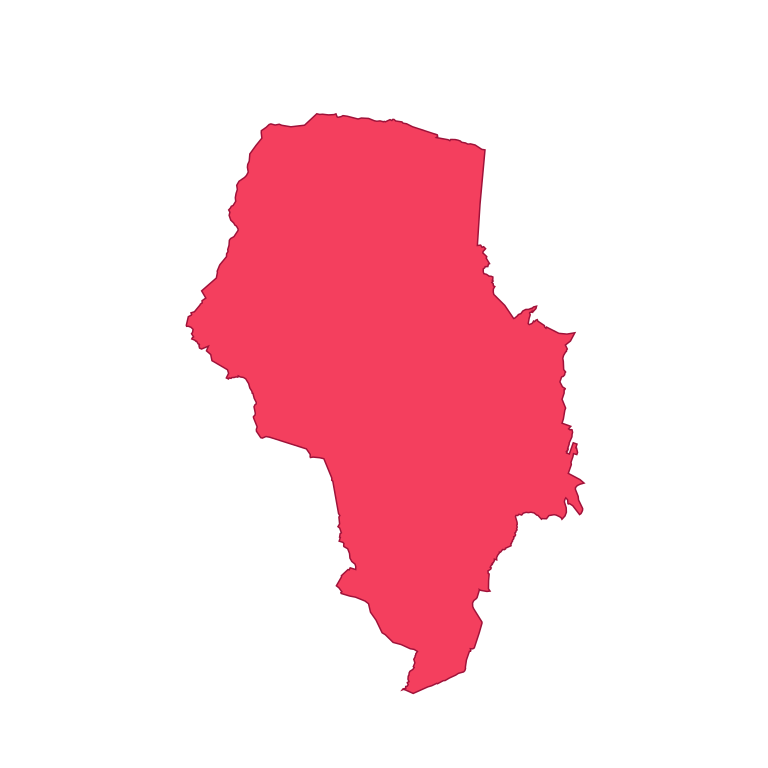 Barsanesti, Bacau, Romania (Albers equal-area conic projection), rotated 31°
{"feature_id": "2599482B96332922665264", "entity_name": "Barsanesti", "entity_type": "district", "adm_level": 2, "iso_a3": "ROU", "parent_name": "Romania", "parent_adm1": "Bacau", "projection": "albers", "projection_center": [26.7, 46.331], "detail": "fine", "context": "isolated", "style": "filled", "palette": "rose", "viewbox_px": 768, "rotation_deg": 31, "n_neighbors": 0, "source": "geoboundaries", "source_scale": "gbopen_adm2", "svg_char_len": 6170}
<svg xmlns="http://www.w3.org/2000/svg" viewBox="0 0 768 768"><g transform="rotate(31 384 384)"><path d="M557.2,636.7L558.0,635.7L560.0,635.2L568.4,634.2L577.6,621.0L580.3,618.1L583.4,613.4L584.2,613.4L587.6,607.8L589.1,606.7L591.5,602.3L595.4,596.6L596.8,593.7L600.5,589.8L600.9,588.1L600.5,586.1L599.6,584.8L596.8,578.1L594.9,569.1L595.8,568.5L595.5,567.5L594.3,566.4L596.5,565.3L597.3,563.7L593.8,548.3L591.2,538.6L590.6,537.6L576.5,530.4L574.6,529.0L572.7,526.1L572.5,523.3L573.6,520.6L573.8,519.2L571.9,511.6L571.5,511.1L573.1,511.1L579.1,508.8L581.5,506.9L579.0,505.7L575.0,498.8L572.0,492.7L570.9,492.7L569.4,490.7L570.8,487.8L570.6,486.4L569.5,486.5L569.3,485.5L569.4,483.5L569.8,483.1L569.7,482.4L569.2,482.3L569.3,481.4L569.7,480.9L569.6,478.8L568.8,477.3L571.2,476.7L570.0,475.0L569.6,472.4L569.9,469.6L569.6,468.9L570.0,469.0L570.6,467.7L570.9,464.8L572.6,463.9L573.1,462.7L572.7,462.2L576.2,457.2L575.0,455.5L575.3,455.0L575.0,454.2L575.1,452.4L574.6,451.9L574.9,449.8L573.8,448.1L574.5,447.7L574.5,445.6L572.9,444.4L573.3,443.1L572.9,442.0L573.2,440.5L572.2,439.9L571.9,438.1L570.4,436.6L570.5,435.7L569.2,433.9L565.0,430.0L564.8,428.7L566.4,427.8L566.7,426.2L569.5,425.4L569.9,423.0L571.9,420.8L574.0,419.9L576.0,418.2L579.1,417.2L582.5,417.7L583.6,417.3L588.6,418.8L588.8,418.0L592.7,415.8L593.1,411.9L597.1,408.4L599.0,407.7L602.9,407.3L604.9,407.5L606.2,408.3L607.1,403.9L606.4,400.0L603.9,396.2L599.3,392.1L598.5,389.9L598.5,388.0L601.0,388.7L603.3,391.8L603.8,391.9L604.8,391.0L608.4,391.1L618.9,395.2L619.6,393.6L619.5,391.5L619.2,389.8L618.4,388.4L610.5,383.2L608.3,380.3L602.3,375.7L601.5,374.2L602.0,371.5L603.6,369.0L606.5,365.9L601.3,365.0L588.0,365.7L586.1,356.6L584.6,354.8L583.4,349.1L582.3,346.1L585.6,345.2L585.2,343.0L582.0,339.7L581.3,339.9L580.4,336.1L576.5,336.9L578.9,348.6L576.1,349.1L575.9,348.0L575.2,348.1L575.3,346.7L575.7,346.5L575.4,344.9L574.8,345.0L574.6,344.4L573.7,340.2L573.1,339.1L572.3,332.5L571.2,330.4L570.5,328.2L568.7,326.4L567.5,326.9L567.2,327.5L565.3,327.4L565.9,324.1L556.8,325.9L555.8,321.7L552.5,313.3L552.1,311.1L544.5,305.4L543.1,299.1L541.4,296.1L541.9,295.6L541.7,294.6L538.4,294.5L533.7,291.6L532.7,287.0L532.8,286.1L533.7,285.2L534.1,283.1L533.4,281.4L533.5,280.2L530.6,279.1L526.1,272.3L524.0,269.9L523.2,267.0L523.2,262.8L523.6,262.2L523.0,260.8L523.1,259.6L519.4,257.2L521.7,251.1L521.2,241.8L515.1,247.0L507.8,250.5L494.0,251.5L494.1,252.8L492.1,252.3L491.4,251.3L483.6,250.9L482.2,249.9L481.3,251.1L480.9,253.0L479.8,253.0L479.9,255.1L479.6,256.0L477.9,258.3L476.5,258.0L474.6,253.0L473.7,249.4L472.2,248.2L472.2,247.5L473.6,246.4L473.4,245.8L474.4,245.9L474.1,244.7L474.6,244.9L475.4,241.1L474.7,238.7L472.5,240.9L471.8,243.2L471.3,243.2L469.6,245.5L467.1,247.1L465.4,249.9L465.1,253.1L463.4,255.3L463.3,256.7L462.1,260.3L461.4,261.1L447.0,254.4L432.0,250.7L430.3,248.9L428.8,246.2L428.8,243.4L427.2,243.5L425.9,241.8L424.1,241.4L424.5,239.5L423.3,239.2L423.4,238.3L422.2,236.2L420.2,236.5L418.6,237.4L415.4,237.2L412.7,238.0L411.3,236.7L409.8,234.2L410.5,232.4L410.3,231.3L412.5,229.9L411.8,227.5L412.5,226.5L406.8,223.5L406.5,221.9L401.2,220.7L400.7,219.3L401.4,215.7L398.7,215.0L397.7,216.3L395.3,215.2L392.7,217.2L373.7,180.4L350.0,131.3L347.0,132.5L339.0,132.2L334.5,133.6L332.3,135.2L329.7,135.4L326.0,136.8L324.3,136.4L321.8,136.9L318.9,137.9L315.2,140.1L315.1,141.5L313.1,141.6L301.9,145.8L302.5,144.2L301.4,143.0L275.9,148.8L269.3,149.3L266.0,150.6L264.4,150.1L258.6,152.5L256.2,152.1L255.2,152.7L255.0,154.1L253.0,154.3L250.1,158.6L248.9,158.8L248.5,159.5L245.1,160.5L242.5,162.5L240.2,163.3L234.0,164.3L227.6,167.7L225.3,170.2L214.6,173.4L210.6,175.1L209.6,176.8L207.2,179.1L206.1,179.1L203.7,177.2L202.4,178.8L197.9,181.9L192.4,184.4L190.0,186.1L187.2,187.0L182.6,203.1L171.7,211.5L163.1,214.9L160.4,215.3L157.3,218.1L153.1,219.3L151.9,220.7L150.8,224.7L148.4,230.0L149.4,231.9L152.7,236.2L151.4,245.4L150.5,255.9L153.7,262.4L154.1,266.0L155.3,268.6L158.5,272.3L158.7,276.1L158.1,278.8L155.3,284.9L155.4,289.5L158.1,292.8L159.1,297.0L160.6,300.9L162.8,303.8L162.7,308.7L161.6,310.3L161.7,312.4L161.2,314.8L163.4,316.1L164.4,319.2L168.3,322.5L172.3,323.4L174.4,324.6L176.1,324.6L179.1,326.3L179.8,327.6L179.5,335.0L177.6,338.3L177.4,340.4L179.7,344.9L180.8,349.2L182.1,350.9L182.0,353.4L183.4,356.0L181.9,366.1L182.0,367.4L182.9,373.2L183.8,374.3L185.7,379.5L179.7,398.1L187.0,402.1L185.1,406.3L186.4,408.1L185.5,410.1L185.6,411.1L184.3,419.7L181.9,422.4L183.3,423.5L183.4,424.2L181.6,427.1L184.3,435.5L185.1,436.2L186.5,435.3L189.4,434.8L192.2,435.5L193.3,438.4L193.1,440.0L196.5,441.7L195.9,443.0L196.0,444.4L199.3,443.9L200.8,444.3L201.3,443.9L204.2,445.4L205.2,445.1L205.6,445.4L205.7,446.5L207.4,448.2L209.6,448.0L214.0,442.0L214.7,447.0L220.3,448.0L224.5,452.6L242.5,452.4L245.3,454.9L245.7,460.0L248.1,459.8L248.1,458.6L250.0,457.9L250.3,456.8L252.2,455.6L253.5,454.1L255.2,453.4L254.8,452.1L257.1,452.0L260.1,450.8L262.8,450.8L267.8,453.4L271.0,456.5L274.5,458.3L275.8,459.8L276.4,459.5L280.2,463.2L283.9,465.5L284.7,466.9L284.1,468.1L284.3,470.5L288.8,475.4L289.4,477.0L288.9,479.2L289.5,480.1L297.4,486.1L297.9,488.6L299.0,490.2L306.0,493.5L307.6,493.0L309.9,489.8L313.4,488.5L350.9,479.6L357.1,482.4L358.2,484.5L358.8,484.9L360.8,483.2L366.9,480.3L370.9,479.0L387.7,491.5L388.9,493.5L390.1,493.6L411.8,518.5L413.9,519.5L413.9,521.3L418.0,526.8L418.0,530.0L420.2,530.3L424.1,533.5L423.5,534.8L424.8,538.2L425.6,538.0L426.5,541.8L430.4,540.9L431.8,541.4L432.6,543.2L433.3,544.0L437.7,543.9L441.7,547.0L444.5,550.8L447.8,552.7L451.9,553.3L453.8,555.0L455.3,557.6L449.7,559.0L449.9,561.2L448.7,561.6L446.2,570.3L446.9,571.1L447.1,581.5L450.3,581.9L454.9,583.8L454.5,585.1L455.2,585.6L463.9,583.4L469.3,581.4L479.5,579.8L483.9,580.3L490.0,586.6L498.8,590.5L510.5,598.2L514.2,598.2L524.9,600.8L532.9,598.5L542.9,597.4L546.4,596.0L550.4,596.0L550.2,599.0L550.7,599.8L550.7,601.0L551.2,601.9L551.3,604.6L554.1,607.1L554.7,611.2L555.9,611.4L555.7,613.8L554.2,616.9L554.3,618.5L555.3,620.8L555.2,621.9L556.6,624.7L558.7,626.3L557.7,627.9L557.9,628.2L559.5,629.1L559.6,631.0L558.4,632.1L559.4,633.6L557.3,635.6L557.2,636.7Z" fill="#f43f5e" stroke="#9f1239" stroke-width="1.5"/></g></svg>